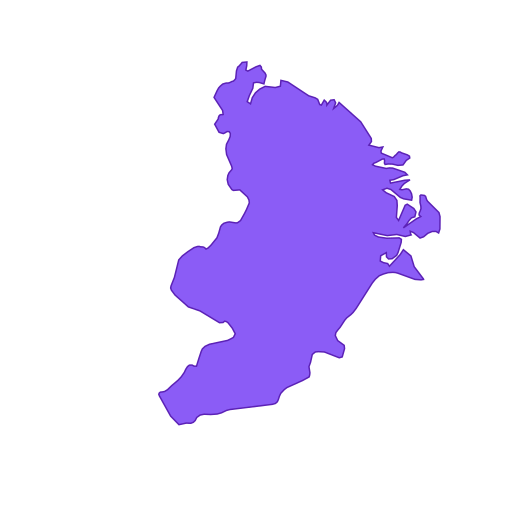 Vest-Agder, orthographic projection, rotated 222°
{"feature_id": "NOR-916", "entity_name": "Vest-Agder", "entity_type": "County", "adm_level": 1, "iso_a3": "NOR", "parent_name": "Norway", "parent_adm1": "", "projection": "orthographic", "projection_center": [7.224, 58.601], "detail": "fine", "context": "isolated", "style": "filled", "palette": "violet", "viewbox_px": 512, "rotation_deg": 222, "n_neighbors": 0, "source": "natural_earth", "source_scale": "10m", "svg_char_len": 4345}
<svg xmlns="http://www.w3.org/2000/svg" viewBox="0 0 512 512"><g transform="rotate(222 256 256)"><path d="M396.0,384.1L395.7,385.7L395.7,389.0L395.8,390.6L392.6,394.1L390.2,391.2L388.0,387.4L385.8,387.9L382.6,396.6L380.6,400.3L378.5,400.0L376.8,398.5L371.7,398.0L369.7,397.2L368.8,396.2L367.0,392.3L365.3,389.2L369.7,387.1L371.9,385.4L373.7,383.0L370.6,378.5L368.3,370.8L365.8,364.8L361.9,365.4L364.7,371.2L365.6,376.9L364.9,382.6L362.7,388.2L354.4,394.1L351.5,398.5L355.0,403.2L348.8,406.6L324.1,410.3L317.9,413.1L315.0,413.7L310.0,411.2L308.4,411.9L309.6,417.5L306.8,417.4L305.5,416.9L304.3,415.6L304.8,421.7L302.5,424.4L299.3,423.1L297.0,417.6L296.4,421.5L296.4,423.2L297.0,425.7L268.0,425.8L249.0,420.5L246.8,418.3L246.3,413.9L237.1,418.8L234.7,421.9L233.4,417.6L231.7,416.3L220.5,420.2L219.9,421.4L219.9,422.8L219.9,423.7L219.6,425.2L219.7,427.3L219.5,429.0L218.3,429.8L217.0,430.0L211.3,432.4L208.8,432.9L207.3,431.7L208.3,427.6L207.7,422.0L211.2,418.3L216.1,415.6L219.4,412.8L221.3,410.4L222.8,411.0L224.2,412.9L225.7,413.9L227.0,412.5L229.4,405.9L230.5,403.8L230.5,401.8L227.5,402.6L217.8,408.2L215.7,410.8L213.2,412.8L201.4,417.8L197.8,417.6L200.5,414.0L204.7,405.0L207.2,401.8L204.8,400.2L196.1,411.9L192.5,415.6L193.5,412.2L194.3,409.0L194.4,405.7L193.7,401.7L191.8,402.9L189.2,406.5L187.3,407.7L184.9,407.5L182.0,406.3L179.3,404.2L177.7,401.6L184.5,397.3L188.0,396.1L200.2,395.7L204.0,394.0L206.2,389.9L201.6,390.1L193.1,392.7L188.5,391.6L184.7,387.9L177.5,378.6L173.8,377.8L179.1,393.5L178.3,395.7L170.5,396.9L166.6,395.8L164.2,391.4L166.0,388.4L166.0,384.8L165.4,380.5L165.3,375.5L161.7,390.9L159.9,395.6L162.3,395.6L163.4,397.1L164.1,399.3L165.1,401.6L166.8,403.3L169.9,405.5L173.1,409.2L174.4,410.4L174.3,411.7L171.4,413.7L169.9,413.8L166.8,412.0L165.1,411.5L149.1,410.7L145.6,408.4L137.4,399.1L135.7,395.3L138.7,394.7L141.5,392.1L143.5,387.9L144.3,382.4L146.1,379.1L154.7,378.8L158.0,377.6L155.8,375.8L154.8,375.5L158.1,370.4L165.8,366.2L172.1,359.0L184.4,351.8L181.8,350.8L177.8,352.0L170.7,356.7L161.7,365.3L159.1,365.7L157.2,363.2L152.8,353.7L151.9,350.6L153.0,345.1L155.5,342.5L158.5,342.7L161.4,345.7L163.5,339.6L160.3,335.4L156.7,336.4L153.1,338.5L150.0,337.7L149.8,353.5L150.7,359.3L140.9,359.7L131.3,353.9L116.3,351.0L115.8,350.7L117.4,348.7L122.2,345.0L139.2,338.1L141.3,337.0L143.4,335.4L146.7,332.0L149.2,328.0L151.2,323.8L151.8,318.7L151.5,313.7L146.5,284.1L146.1,279.1L146.3,275.8L147.2,270.7L147.1,267.8L145.8,259.3L145.7,256.0L145.4,252.5L143.8,249.9L138.7,247.8L130.7,248.6L128.2,246.4L124.4,238.7L126.0,236.1L141.0,230.4L145.6,226.7L147.7,224.4L148.3,220.5L144.4,213.6L142.6,209.2L137.8,205.3L136.5,203.5L135.6,201.7L138.0,194.9L145.0,178.9L145.6,175.6L145.7,170.5L144.8,167.5L143.3,164.2L142.6,161.9L142.9,159.4L144.6,156.7L172.7,124.4L174.6,121.5L176.7,116.4L179.1,112.6L183.6,107.9L188.7,103.7L191.1,100.4L192.0,96.4L191.1,93.0L191.3,90.5L192.5,88.1L196.0,85.2L200.4,79.1L212.3,79.9L234.2,87.4L235.7,88.2L236.2,89.4L236.0,90.8L234.5,92.5L233.2,94.3L232.3,97.5L231.9,103.3L230.8,111.5L230.7,116.3L231.4,121.6L232.4,124.8L232.9,128.0L232.5,130.3L230.5,132.2L228.3,132.7L226.5,134.3L230.0,141.9L232.9,148.5L233.7,151.1L233.4,154.8L231.5,159.3L220.6,174.3L219.2,177.8L218.3,180.4L219.4,184.3L225.3,186.5L232.3,187.7L234.2,187.4L235.7,186.6L236.0,184.5L238.5,182.0L260.9,177.7L272.2,172.9L290.0,172.8L296.0,174.0L298.0,175.1L299.1,176.9L302.3,185.5L310.8,201.4L310.8,206.8L309.5,213.7L307.7,220.7L305.8,224.0L304.5,225.2L303.4,225.7L301.5,227.2L300.6,227.6L299.5,227.8L297.8,227.7L297.0,229.7L296.7,233.6L297.2,243.4L299.0,248.1L301.9,253.9L302.2,256.1L301.8,258.8L300.0,261.8L298.6,263.5L293.1,267.1L292.0,268.3L291.2,272.0L293.0,280.0L294.2,284.3L296.5,291.0L298.7,292.9L302.0,294.2L312.3,294.3L316.7,289.6L318.4,289.2L324.6,290.7L328.5,293.5L330.8,297.0L331.7,299.8L331.8,303.9L332.2,305.1L334.3,306.5L345.7,311.7L350.1,315.5L352.7,319.3L354.0,324.3L355.2,327.6L357.1,329.9L359.1,330.5L360.8,329.1L361.5,326.7L362.2,325.1L366.2,323.2L374.9,326.3L375.5,330.6L375.8,332.6L376.5,333.6L377.2,335.3L377.2,336.6L376.6,337.7L375.7,338.4L375.1,339.2L378.2,341.8L393.3,345.8L395.5,352.8L396.2,355.9L396.2,358.2L395.8,361.5L394.3,364.0L393.4,365.1L392.7,365.6L392.2,366.2L391.5,367.4L390.7,369.5L389.8,370.9L389.7,372.8L389.8,374.3L394.4,380.5L396.0,384.1Z" fill="#8b5cf6" stroke="#5b21b6" stroke-width="1.5"/></g></svg>